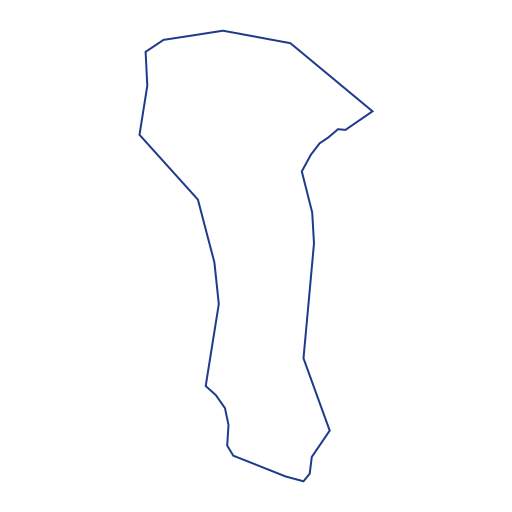 the Municipality of Škofljica
{"feature_id": "SVN-990", "entity_name": "Škofljica", "entity_type": "Municipality", "adm_level": 1, "iso_a3": "SVN", "parent_name": "Slovenia", "parent_adm1": "", "projection": "equal_earth", "projection_center": [14.578, 45.957], "detail": "fine", "context": "isolated", "style": "outline", "palette": "blue", "viewbox_px": 512, "rotation_deg": 0, "n_neighbors": 0, "source": "natural_earth", "source_scale": "10m", "svg_char_len": 494}
<svg xmlns="http://www.w3.org/2000/svg" viewBox="0 0 512 512"><path d="M329.7,430.6L311.8,456.9L309.7,473.7L303.5,481.3L285.7,476.5L233.3,455.7L227.2,445.6L228.5,425.0L225.0,408.2L215.9,395.2L205.7,386.0L218.8,304.1L214.4,262.4L197.9,199.6L139.5,134.8L147.3,85.7L145.6,51.8L163.5,39.9L222.9,30.7L290.4,43.2L372.5,111.3L345.4,129.9L338.0,129.2L327.9,137.8L319.7,143.2L310.9,154.7L301.8,171.4L312.2,212.5L314.0,243.4L303.5,358.3L329.7,430.6Z" fill="none" stroke="#1e3a8a" stroke-width="2"/></svg>